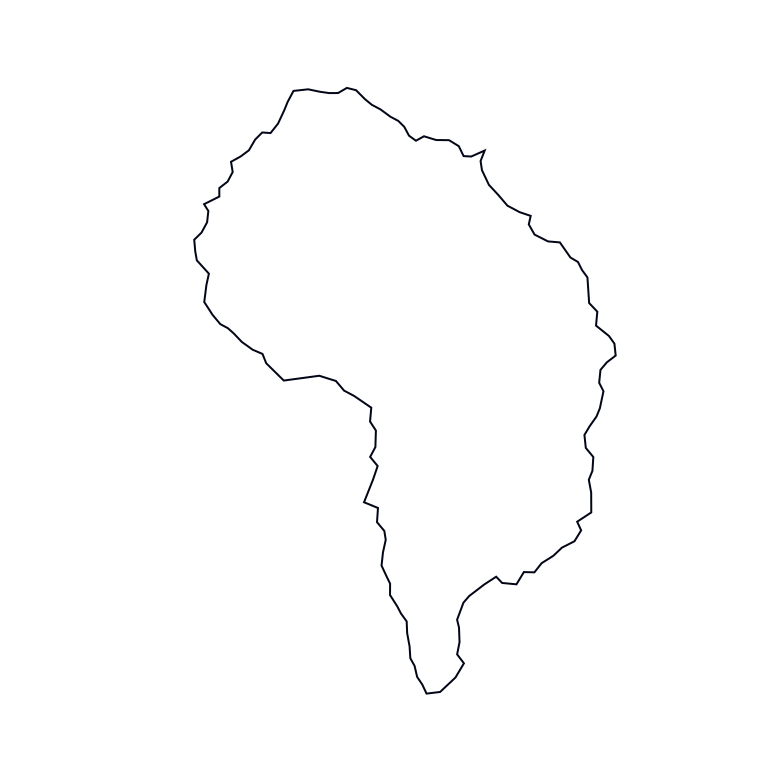 Santa Helena, Paraíba, Brazil (Robinson projection), rotated 208°
{"feature_id": "56859067B39303550604854", "entity_name": "Santa Helena", "entity_type": "district", "adm_level": 2, "iso_a3": "BRA", "parent_name": "Brazil", "parent_adm1": "Paraíba", "projection": "robinson", "projection_center": [-38.585, -6.713], "detail": "fine", "context": "isolated", "style": "outline", "palette": "ink", "viewbox_px": 768, "rotation_deg": 208, "n_neighbors": 0, "source": "geoboundaries", "source_scale": "gbopen_adm2", "svg_char_len": 1894}
<svg xmlns="http://www.w3.org/2000/svg" viewBox="0 0 768 768"><g transform="rotate(208 384 384)"><path d="M192.8,517.9L199.5,527.8L207.9,532.0L224.2,535.1L229.6,548.0L240.9,551.8L254.4,573.6L262.7,577.6L270.0,582.8L278.8,583.2L295.2,591.6L306.1,586.9L321.2,586.6L331.1,592.9L333.4,601.3L344.9,599.4L358.7,599.4L371.9,604.6L384.9,609.1L397.9,618.8L403.4,626.2L404.7,637.4L413.8,625.8L420.7,622.6L429.6,629.1L441.1,629.8L452.5,623.9L465.0,621.5L470.0,613.8L478.5,615.0L486.9,620.6L494.9,623.0L503.8,623.0L516.0,624.8L525.8,624.8L534.7,626.6L546.6,630.3L555.8,628.0L561.1,619.4L568.8,615.2L577.6,612.0L589.3,608.6L601.5,600.3L601.5,587.8L600.6,579.2L599.8,564.2L602.0,552.3L609.6,548.9L612.5,539.4L613.0,526.9L617.4,517.6L623.4,508.4L617.1,500.1L617.1,489.3L621.4,479.7L617.4,472.2L627.3,458.3L620.3,454.3L616.1,443.7L616.2,432.0L619.3,422.3L613.0,412.6L607.3,405.3L599.5,402.5L590.4,399.2L587.3,388.1L581.2,372.0L567.7,364.5L556.6,360.0L548.1,360.0L540.4,358.1L529.3,354.4L516.0,352.6L505.4,353.5L497.7,347.0L474.1,340.0L445.0,360.9L437.4,362.3L427.9,364.1L416.1,359.4L404.7,359.4L384.1,357.1L378.7,344.3L369.3,339.1L362.0,324.3L362.0,313.1L351.1,308.6L348.8,294.4L346.1,270.2L331.1,271.7L325.3,258.7L314.7,254.4L309.3,247.2L305.8,234.7L300.9,222.5L291.1,215.1L284.9,210.6L279.6,200.5L267.9,193.9L261.4,189.4L252.5,185.0L246.6,174.9L238.2,164.3L232.0,154.2L224.7,149.5L217.2,140.9L209.1,136.6L201.1,130.6L189.9,138.4L183.1,158.4L182.3,174.9L192.5,179.6L196.1,191.5L203.4,204.1L208.8,210.2L211.2,228.3L209.2,236.9L201.4,254.0L194.5,266.5L186.3,263.8L173.0,269.3L172.2,283.6L162.8,288.3L160.7,299.8L153.8,311.9L150.1,323.0L142.0,334.6L141.2,347.3L148.8,353.1L140.7,367.9L150.1,385.4L158.2,395.6L159.2,405.2L164.9,417.8L175.8,422.3L183.1,433.1L182.6,443.2L181.1,455.1L182.0,463.9L186.8,480.6L194.6,486.1L199.5,498.1L197.4,507.8L192.8,517.9Z" fill="none" stroke="#020617" stroke-width="2"/></g></svg>